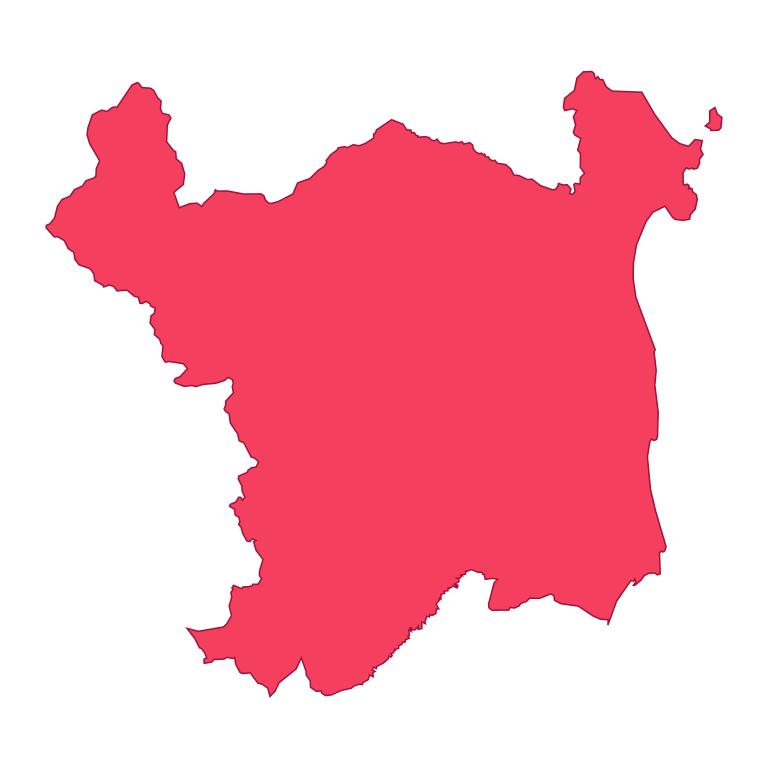 outline of Lang Suan, Chumphon, Thailand
{"feature_id": "78962969B12315134210543", "entity_name": "Lang Suan", "entity_type": "district", "adm_level": 2, "iso_a3": "THA", "parent_name": "Thailand", "parent_adm1": "Chumphon", "projection": "orthographic", "projection_center": [99.044, 9.933], "detail": "fine", "context": "isolated", "style": "filled", "palette": "rose", "viewbox_px": 768, "rotation_deg": 0, "n_neighbors": 0, "source": "geoboundaries", "source_scale": "gbopen_adm2", "svg_char_len": 6083}
<svg xmlns="http://www.w3.org/2000/svg" viewBox="0 0 768 768"><path d="M46.3,225.4L46.1,227.8L54.2,236.9L57.8,236.7L64.3,240.6L68.2,248.6L73.8,252.3L75.0,259.6L79.0,264.8L89.5,268.5L91.5,270.3L94.0,274.6L94.6,280.6L102.9,285.3L103.8,287.0L109.1,285.0L113.5,286.3L117.1,290.9L127.0,290.1L134.4,296.3L138.3,297.2L139.9,303.2L141.9,303.6L146.1,301.4L150.2,303.8L150.5,305.9L155.2,308.1L154.3,313.4L151.1,315.7L150.1,323.1L154.9,329.4L154.3,334.6L159.7,339.2L160.8,343.4L163.0,345.9L161.9,356.5L165.2,362.1L169.5,361.5L183.3,363.7L187.5,368.6L180.0,376.7L175.3,378.5L174.0,380.8L175.1,382.9L184.2,386.4L191.9,385.5L195.9,386.6L203.2,384.4L215.6,383.3L224.5,380.5L228.0,377.4L232.6,379.7L233.3,383.9L232.2,386.3L233.4,392.7L225.7,401.2L225.8,404.6L224.1,408.9L225.5,411.4L229.1,413.8L230.4,423.2L237.7,433.9L239.2,440.8L243.9,442.8L251.2,457.1L254.5,458.0L258.6,461.8L256.1,466.9L251.2,467.9L247.9,470.4L247.3,472.4L238.9,475.9L238.2,478.8L241.8,486.0L242.2,491.4L244.9,497.2L242.3,500.2L240.8,497.4L238.8,497.2L235.9,501.9L230.3,504.4L229.5,506.3L234.7,509.5L235.1,515.0L238.8,517.1L239.9,521.3L238.6,524.5L241.1,527.3L242.6,533.1L246.8,540.9L249.9,541.6L252.4,538.7L255.9,540.4L253.6,541.7L256.1,550.4L263.0,559.4L259.5,571.0L259.4,575.4L261.5,578.6L258.0,584.3L252.7,584.3L252.3,585.6L248.8,586.7L243.0,586.9L241.7,588.7L233.5,585.3L231.9,588.0L233.2,589.3L230.9,592.3L231.7,597.1L229.2,606.1L231.5,615.7L226.7,623.9L223.3,627.0L198.6,631.3L187.0,628.4L194.9,638.7L199.5,647.8L201.7,648.7L205.0,653.5L206.7,658.1L203.9,659.2L204.2,663.3L211.7,662.1L213.8,659.5L224.2,659.1L226.8,657.4L232.8,658.4L234.6,657.5L235.8,664.2L239.8,672.2L242.0,673.5L250.2,672.9L258.1,683.3L262.1,684.1L267.8,688.2L270.0,696.5L275.1,691.1L279.0,682.8L296.2,668.9L301.3,657.8L306.0,671.1L306.3,675.2L310.2,680.7L310.5,687.2L316.2,691.3L321.4,691.0L321.6,693.0L325.3,695.6L331.6,694.9L341.0,690.6L351.5,688.1L354.1,685.9L359.9,684.1L362.2,684.7L363.3,682.3L368.2,679.7L369.5,675.0L373.3,676.8L372.8,672.8L375.1,671.3L372.4,670.0L373.5,667.1L376.4,668.6L376.9,666.3L383.3,663.1L388.4,658.6L388.8,656.1L391.0,657.1L392.2,655.7L390.9,653.5L393.6,652.8L394.0,650.8L395.3,650.6L394.7,649.3L398.7,648.5L398.7,645.7L401.8,644.4L402.5,642.3L405.2,642.0L405.3,639.8L409.3,638.3L407.7,636.1L409.5,635.6L408.7,629.7L411.3,631.3L410.1,627.8L411.3,627.7L412.0,629.9L415.1,629.8L418.4,626.0L418.0,629.3L421.9,628.6L421.8,622.0L425.4,623.7L424.9,621.9L426.9,616.3L429.4,616.9L429.9,614.6L432.1,615.4L434.7,614.3L435.9,613.5L436.5,609.0L438.8,608.9L436.1,604.0L439.2,600.5L439.6,598.1L440.9,599.2L441.1,594.3L444.7,593.3L444.1,591.1L447.9,590.8L448.2,587.7L449.5,588.4L452.8,586.1L457.2,587.9L457.7,586.6L456.1,585.7L457.5,585.1L454.5,584.2L459.0,581.5L458.7,579.2L457.1,578.2L459.7,578.3L461.1,576.8L460.7,575.5L462.3,575.7L461.5,574.7L465.3,574.3L465.9,570.3L466.1,571.7L471.4,569.6L478.2,572.3L482.0,572.3L482.6,574.2L484.1,574.5L485.2,579.3L492.5,578.4L497.5,579.2L494.0,583.1L488.5,604.4L489.0,607.9L491.9,610.2L508.6,610.1L510.4,607.4L514.1,608.1L518.9,606.1L521.0,603.3L526.2,601.6L529.8,598.2L539.2,598.4L550.9,593.9L554.0,595.8L554.5,600.3L560.6,603.6L578.2,606.1L593.4,616.1L600.2,619.1L608.2,619.8L607.9,625.1L616.6,601.1L630.7,580.8L633.9,581.0L634.8,579.1L635.8,582.0L633.3,585.2L634.5,585.5L640.7,580.5L644.1,575.8L649.1,573.1L654.8,573.1L657.3,574.9L660.2,573.9L659.5,553.2L661.2,551.0L662.8,552.0L664.7,551.0L666.1,546.7L655.7,511.4L650.5,489.4L647.4,456.9L649.9,441.4L651.7,439.1L653.8,440.5L656.7,439.3L657.5,435.9L658.2,411.9L654.8,385.1L656.2,370.5L654.1,352.2L655.2,349.7L635.9,297.4L633.2,279.1L633.4,263.0L636.5,244.7L646.1,221.5L653.0,212.1L665.0,206.2L672.8,217.6L675.4,219.4L683.2,220.4L689.7,219.1L690.2,214.9L695.2,209.1L697.3,199.4L696.4,194.8L692.6,191.7L692.1,188.8L689.7,187.8L688.3,189.5L689.1,185.5L686.9,184.1L684.8,185.1L683.2,184.3L683.1,172.6L686.2,167.8L688.7,169.0L692.6,168.1L693.5,169.3L697.4,168.1L699.6,163.2L699.4,159.5L703.1,154.5L700.5,149.3L702.3,140.6L694.9,139.6L688.9,146.1L687.4,146.0L679.7,143.6L671.8,137.8L654.7,114.4L641.8,92.2L612.2,91.1L606.1,86.7L602.8,79.6L599.9,79.6L597.8,76.6L595.4,78.9L593.8,73.1L591.7,71.5L583.4,71.8L577.0,77.9L574.3,90.6L564.6,98.3L563.4,107.4L564.8,110.6L572.6,108.8L576.7,110.5L573.4,116.8L575.6,125.1L573.3,132.2L574.8,135.0L580.7,138.4L577.7,150.3L580.4,153.3L580.3,167.3L584.6,173.4L580.3,177.6L580.1,184.1L575.5,183.3L573.8,184.4L575.1,191.7L572.1,194.5L569.6,193.5L571.0,189.1L567.2,184.7L563.0,185.0L558.5,183.4L557.8,186.5L555.2,189.6L552.6,189.8L540.6,185.7L531.9,179.1L527.5,179.6L518.9,175.5L513.9,175.1L510.7,168.9L505.9,164.6L497.1,163.2L494.9,160.2L492.9,160.8L490.0,159.5L488.4,156.9L485.9,157.0L484.6,154.0L482.9,154.8L481.6,153.1L479.3,153.7L476.3,152.3L473.3,149.0L472.7,145.0L469.8,142.7L463.6,144.0L462.2,141.7L458.8,142.7L455.5,141.9L444.1,143.7L439.7,142.7L437.1,139.1L434.3,141.0L430.6,139.5L429.3,137.6L425.4,136.7L417.9,137.2L418.2,136.0L415.8,135.1L414.4,132.7L411.5,132.8L411.1,130.2L406.5,129.7L403.1,124.2L391.6,119.7L376.4,130.0L375.8,132.4L373.6,134.1L373.6,138.1L365.6,143.3L359.3,145.8L353.2,144.7L347.6,147.6L344.6,146.7L338.4,147.7L337.1,150.0L330.7,154.7L326.2,160.6L326.7,162.6L324.1,166.5L318.2,170.3L309.9,178.6L297.6,182.9L292.9,194.0L278.4,201.5L271.4,203.4L268.4,203.0L265.6,200.2L263.9,195.8L261.1,193.9L243.5,194.0L227.4,191.0L217.5,191.1L215.3,189.8L214.1,193.6L203.7,203.4L201.9,206.5L197.0,203.1L189.7,203.7L179.2,207.7L173.8,192.3L183.3,184.5L184.7,174.0L181.6,163.2L176.2,158.8L175.7,151.7L173.2,150.3L166.6,141.7L167.3,125.1L170.9,118.0L169.0,114.9L162.4,113.4L160.5,109.1L161.1,101.0L157.6,97.7L153.5,90.1L150.4,88.2L142.0,87.6L138.5,83.0L136.9,82.7L132.0,85.0L117.2,107.0L112.5,107.3L106.9,111.5L101.6,110.1L92.3,114.9L88.0,127.6L87.0,134.7L89.6,143.4L99.6,160.8L96.3,168.6L95.9,176.1L93.8,178.1L86.0,180.7L82.4,186.1L74.5,189.6L70.1,196.1L62.0,199.5L57.5,206.2L54.5,218.0L49.9,223.8L46.3,225.4ZM720.9,127.9L721.9,117.4L717.5,114.3L714.9,107.5L709.7,111.0L709.7,122.2L705.2,126.0L710.2,128.6L710.9,130.5L718.7,130.2L720.9,127.9Z" fill="#f43f5e" stroke="#9f1239" stroke-width="1.5"/></svg>